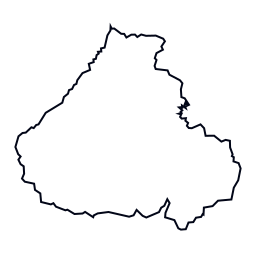 Thung Chang, Nan, Thailand
{"feature_id": "78962969B15263035639364", "entity_name": "Thung Chang", "entity_type": "district", "adm_level": 2, "iso_a3": "THA", "parent_name": "Thailand", "parent_adm1": "Nan", "projection": "orthographic", "projection_center": [100.958, 19.488], "detail": "medium", "context": "isolated", "style": "outline", "palette": "ink", "viewbox_px": 256, "rotation_deg": 0, "n_neighbors": 0, "source": "geoboundaries", "source_scale": "gbopen_adm2", "svg_char_len": 1828}
<svg xmlns="http://www.w3.org/2000/svg" viewBox="0 0 256 256"><path d="M163.2,38.7L155.8,35.6L146.0,35.8L141.2,34.5L137.3,37.0L135.0,34.6L131.3,34.7L126.4,37.5L124.2,33.9L121.2,33.8L114.2,28.5L111.8,28.7L110.6,26.4L110.4,30.5L107.4,35.4L104.6,47.6L101.0,48.4L101.3,51.5L98.0,51.8L98.7,53.6L96.6,55.1L95.9,58.8L93.4,59.4L93.7,62.1L88.8,63.8L90.1,69.9L82.5,73.1L77.3,80.2L76.4,83.9L74.0,85.0L72.1,89.0L69.0,90.1L68.0,93.7L63.9,97.0L62.3,102.7L45.7,112.8L38.5,124.4L36.2,125.0L33.7,128.1L31.4,127.3L25.8,132.6L22.5,133.0L18.5,136.3L15.4,147.0L18.2,154.2L20.6,156.5L18.4,159.7L20.6,164.2L23.7,166.3L24.1,173.7L22.0,178.6L24.8,181.7L34.1,183.7L35.0,189.9L40.3,193.4L41.1,202.0L50.9,204.4L53.4,203.2L56.0,206.7L65.4,210.3L67.4,209.7L74.5,214.0L82.6,213.5L85.1,211.9L93.2,217.2L93.8,215.4L97.7,213.4L108.5,212.0L129.1,216.7L133.6,215.3L136.6,209.9L142.6,215.8L146.3,217.5L159.0,212.1L161.2,207.7L164.3,205.8L167.3,199.2L169.6,203.1L165.5,212.8L165.1,217.3L174.4,220.1L178.3,228.3L180.9,229.6L185.8,229.2L188.5,222.5L193.3,222.1L196.0,217.7L201.1,216.9L202.7,214.1L203.5,214.6L203.9,207.6L212.6,206.1L218.0,200.7L231.4,199.5L233.8,187.7L238.2,180.3L240.6,168.4L238.6,163.1L233.5,161.4L233.8,157.2L231.9,156.1L232.6,154.3L230.1,147.5L229.9,140.8L225.6,139.9L221.4,141.6L214.1,135.7L205.6,135.8L204.1,128.2L200.5,124.4L191.8,128.2L188.8,128.0L186.9,125.8L188.1,122.9L185.4,120.7L185.9,118.2L181.7,118.6L180.1,116.9L181.2,114.4L178.8,113.7L181.5,112.9L180.7,111.8L182.3,110.3L179.0,107.4L181.8,107.1L182.4,108.7L182.0,105.5L185.7,108.1L184.5,104.8L185.4,102.6L186.0,104.1L187.4,103.9L187.1,105.7L189.0,104.8L184.7,98.3L181.4,97.1L180.9,89.3L182.4,83.3L180.0,80.3L169.4,74.7L167.6,70.4L155.7,69.0L154.6,65.9L156.5,60.0L154.8,58.2L156.5,53.1L162.9,49.7L161.4,46.5L164.9,41.3L163.2,38.7Z" fill="none" stroke="#020617" stroke-width="2"/></svg>